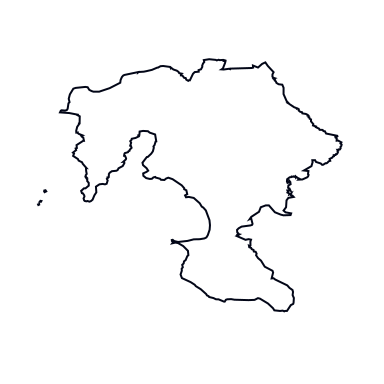 Musoma, Mara, United Republic of Tanzania, rotated 263°
{"feature_id": "72390352B7456768278221", "entity_name": "Musoma", "entity_type": "district", "adm_level": 2, "iso_a3": "TZA", "parent_name": "United Republic of Tanzania", "parent_adm1": "Mara", "projection": "equal_earth", "projection_center": [33.547, -1.825], "detail": "fine", "context": "isolated", "style": "outline", "palette": "ink", "viewbox_px": 384, "rotation_deg": 263, "n_neighbors": 0, "source": "geoboundaries", "source_scale": "gbopen_adm2", "svg_char_len": 6040}
<svg xmlns="http://www.w3.org/2000/svg" viewBox="0 0 384 384"><g transform="rotate(263 192 192)"><path d="M321.7,225.2L321.5,219.8L319.5,220.0L318.2,218.6L316.1,217.5L315.0,217.5L312.7,215.9L312.2,213.4L310.6,213.3L310.7,209.3L309.2,207.4L303.1,203.5L303.3,202.5L302.8,201.8L304.2,200.0L305.9,199.6L306.2,198.2L308.8,196.6L309.1,195.2L310.6,195.5L310.8,195.9L311.5,193.8L312.8,193.3L314.3,191.7L315.9,188.4L318.2,186.1L317.8,185.9L318.8,185.5L320.6,178.7L320.7,176.0L319.6,173.4L319.7,172.7L318.1,167.1L317.5,161.5L317.3,158.8L317.6,153.7L317.3,153.2L317.6,153.3L316.4,139.1L315.9,137.8L314.6,136.4L311.9,134.8L309.2,134.1L305.1,122.9L302.9,112.1L303.6,106.4L304.4,104.7L305.9,102.5L308.7,101.2L309.3,98.9L309.5,89.2L309.0,86.8L303.8,82.7L299.5,81.0L296.1,81.4L295.1,80.2L289.7,78.7L288.6,77.7L288.3,76.0L289.0,72.6L288.7,71.7L287.1,70.7L285.3,79.9L282.7,87.9L282.3,87.6L280.8,89.8L273.8,88.8L273.8,88.1L272.9,88.0L270.7,86.0L266.8,84.5L265.0,84.4L265.0,85.8L264.5,85.7L263.5,86.7L261.7,90.0L261.5,88.8L260.3,89.4L259.4,90.7L256.0,91.0L256.1,90.3L252.6,83.1L249.7,83.1L249.4,81.8L247.7,82.1L245.6,78.6L244.5,79.6L242.3,78.4L238.6,82.8L237.0,83.3L234.9,86.5L233.3,87.0L228.7,90.1L228.8,89.7L225.8,89.5L222.8,89.7L221.5,88.5L220.3,88.4L219.3,89.1L219.4,88.4L216.9,89.6L215.7,89.3L213.7,90.6L210.9,90.3L208.6,86.7L208.8,85.2L206.6,82.1L204.3,82.6L204.0,83.5L201.9,84.6L200.6,84.7L198.9,83.6L196.9,83.9L196.2,84.4L195.6,86.0L195.8,87.1L194.9,89.1L195.3,90.6L196.5,92.4L200.6,94.7L203.3,97.0L209.0,97.3L210.9,101.1L210.9,104.3L210.2,106.6L210.6,108.3L213.7,109.7L215.4,109.1L216.3,110.4L216.8,110.1L217.0,111.2L220.0,111.7L221.2,112.7L222.4,115.0L222.3,119.5L222.8,120.8L224.5,122.0L226.2,126.4L228.9,128.4L229.8,128.4L230.4,128.0L230.4,127.5L232.4,130.3L233.4,130.7L235.9,130.0L236.2,129.0L238.2,129.6L238.8,130.1L239.3,133.3L240.2,133.9L240.5,135.0L241.6,135.4L243.2,137.4L245.2,137.0L245.5,136.3L248.3,137.6L250.0,136.9L251.1,138.3L252.2,138.7L252.5,142.5L253.7,146.0L254.8,145.6L255.0,146.7L258.4,147.4L258.6,150.8L257.7,155.7L256.1,157.2L253.6,162.4L246.6,162.7L246.5,162.0L243.1,160.5L241.9,159.3L240.6,159.5L237.1,158.1L235.0,156.2L232.2,152.4L232.2,151.4L227.1,146.4L224.6,146.7L221.2,149.8L218.5,151.1L217.5,149.3L216.4,145.8L214.0,145.7L211.4,148.2L210.1,151.7L210.0,153.8L211.2,155.5L211.4,157.4L210.7,157.8L209.1,161.8L207.9,162.7L207.3,166.1L208.5,167.9L209.1,170.2L207.1,174.3L205.1,176.6L199.9,182.6L196.8,184.7L195.7,184.6L194.4,186.6L190.4,187.0L189.5,184.7L187.5,185.4L187.5,188.2L185.9,193.0L179.9,198.3L176.3,199.9L175.2,201.3L172.0,203.5L161.9,205.9L156.9,205.8L152.4,204.9L147.2,202.4L145.2,200.8L144.8,199.9L144.4,198.6L144.2,193.9L144.8,188.0L144.0,181.7L144.1,172.1L145.5,168.3L146.9,167.0L146.8,166.1L145.8,166.1L144.9,167.5L143.5,166.2L143.8,169.3L143.0,172.0L139.4,176.7L134.1,180.8L129.7,180.7L128.9,179.5L125.2,177.4L124.1,175.6L122.1,175.0L120.9,173.4L118.4,173.7L117.1,172.4L115.1,172.3L111.5,170.6L107.8,171.5L102.7,179.7L99.6,183.4L98.1,184.3L94.4,188.9L88.9,193.7L87.6,194.2L86.6,195.8L85.7,196.2L84.1,200.4L82.6,202.7L82.2,205.3L79.3,210.4L79.2,211.1L80.9,212.5L81.2,213.9L80.9,217.8L79.9,221.1L77.8,234.9L77.3,241.0L78.6,244.5L77.9,246.4L72.1,253.8L66.7,258.3L64.5,259.3L63.2,264.9L63.2,267.6L62.3,269.0L62.6,269.6L62.4,271.8L67.7,276.3L68.6,278.8L69.7,279.3L74.4,280.2L77.4,279.3L80.5,280.1L82.5,279.8L84.9,277.1L87.7,275.2L95.0,263.9L96.5,262.4L96.5,260.5L102.2,262.7L104.0,262.3L109.0,255.1L115.5,252.1L118.3,249.5L121.4,247.9L122.9,248.6L124.9,247.9L125.4,246.1L127.0,246.0L128.0,244.3L129.3,243.9L130.2,242.1L131.7,242.0L131.2,242.7L131.8,243.5L135.6,243.9L137.5,244.8L138.3,242.4L138.0,239.3L142.9,231.0L144.1,233.8L144.6,232.2L145.3,232.9L146.5,232.0L148.9,232.1L150.3,233.9L151.6,237.0L151.7,246.0L152.1,247.7L153.0,248.2L158.6,247.5L158.1,246.0L160.1,247.8L164.2,256.1L168.5,258.4L169.7,263.5L169.3,266.7L161.8,271.8L158.7,277.4L157.7,280.0L157.1,287.0L158.7,287.8L160.4,282.4L162.4,280.6L165.4,283.5L172.2,284.8L174.4,286.9L174.7,292.3L176.2,291.2L176.7,289.8L177.5,289.6L178.7,290.4L177.8,288.3L178.5,288.6L179.8,286.7L180.5,287.3L181.9,286.9L181.8,288.5L181.1,290.0L183.6,289.2L183.9,288.3L184.5,287.9L186.8,288.5L187.7,290.8L189.9,290.8L191.5,289.8L189.6,289.2L189.4,287.9L190.8,287.5L193.1,288.0L194.7,290.7L194.7,292.6L195.2,292.8L194.8,294.4L195.1,294.9L194.6,295.6L195.1,296.4L194.0,296.7L194.5,297.0L194.3,297.5L193.8,297.5L191.5,301.1L191.7,299.4L191.3,299.0L191.0,303.1L192.5,308.0L193.3,309.1L194.8,309.8L195.6,309.3L198.6,310.1L199.7,305.7L203.1,313.7L206.8,315.3L208.9,315.3L208.6,318.0L206.7,318.8L204.6,323.3L203.1,324.5L203.1,325.6L204.3,328.0L204.1,328.9L204.5,329.9L205.8,331.4L206.1,333.0L208.1,332.6L209.0,335.4L210.0,336.2L210.2,337.2L211.3,337.2L211.2,339.0L212.0,339.4L212.0,340.4L213.4,341.6L214.8,341.4L215.1,342.0L216.0,341.6L215.8,342.5L216.4,342.7L216.3,344.1L217.4,344.9L218.6,344.8L219.5,345.8L220.9,346.3L222.0,345.3L223.1,346.3L225.3,343.2L225.3,341.8L227.7,342.2L228.5,341.1L229.1,341.0L229.7,343.1L230.1,343.0L233.7,332.2L236.1,331.3L236.4,329.9L237.7,329.2L238.2,326.2L239.4,325.8L241.3,322.8L241.9,323.1L243.3,320.2L244.6,320.7L247.6,318.7L249.5,319.0L250.4,317.7L251.8,317.6L252.0,316.8L253.4,317.0L253.7,316.0L254.5,316.2L255.6,314.5L256.6,311.1L257.8,310.9L258.4,309.2L259.9,307.8L261.1,308.1L262.1,306.9L261.8,306.2L262.8,305.5L263.7,303.7L268.7,297.9L268.8,298.4L270.7,297.0L278.0,294.8L284.3,295.6L287.5,294.7L288.4,291.1L290.0,289.1L291.6,288.7L292.6,287.7L293.2,288.0L294.4,286.8L294.8,288.1L295.5,286.6L296.7,285.9L298.9,286.2L301.0,287.6L307.9,282.6L311.7,280.6L310.6,277.2L307.5,272.7L310.1,267.9L308.0,267.8L307.8,266.4L309.8,245.0L309.3,244.8L309.8,243.6L309.7,238.4L310.1,236.3L310.8,237.7L316.0,240.5L317.8,241.2L318.1,239.9L318.7,240.6L319.3,239.2L319.5,235.6L320.0,234.6L319.6,232.6L320.2,231.8L321.7,225.2ZM210.4,47.4L211.6,46.8L211.5,45.6L210.7,45.3L209.8,45.7L210.4,47.4ZM201.4,41.4L201.7,40.5L200.9,39.7L200.7,40.9L201.4,41.4ZM198.7,38.8L198.4,37.7L197.8,37.9L198.1,38.8L198.7,38.8Z" fill="none" stroke="#020617" stroke-width="2"/></g></svg>